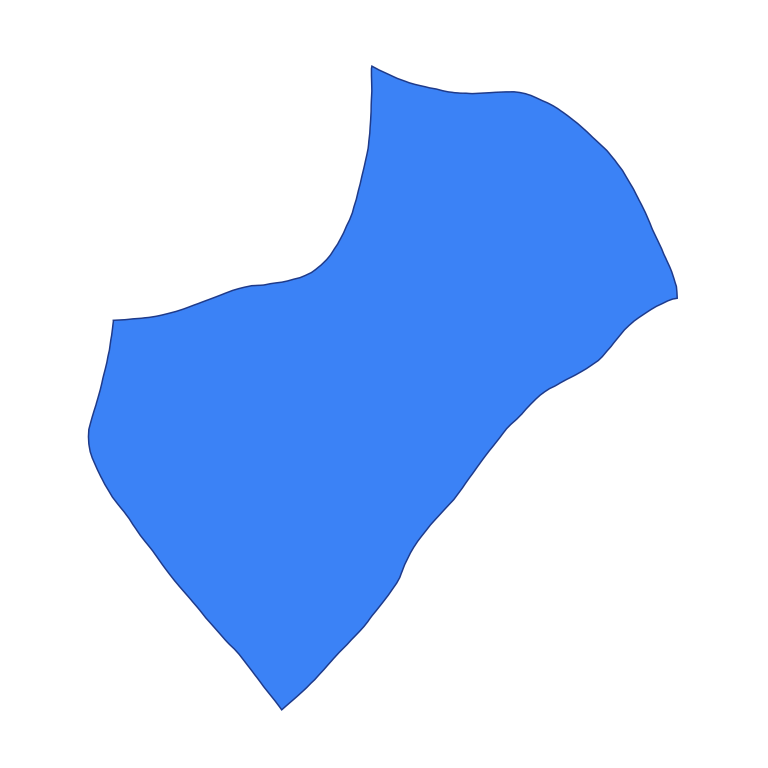 outline of Hajar As Say'ar, Hadramawt, Yemen, rotated 176°
{"feature_id": "15242507B41377814655385", "entity_name": "Hajar As Say'ar", "entity_type": "district", "adm_level": 2, "iso_a3": "YEM", "parent_name": "Yemen", "parent_adm1": "Hadramawt", "projection": "natural_earth1", "projection_center": [48.005, 16.297], "detail": "fine", "context": "isolated", "style": "filled", "palette": "blue", "viewbox_px": 768, "rotation_deg": 176, "n_neighbors": 0, "source": "geoboundaries", "source_scale": "gbopen_adm2", "svg_char_len": 5059}
<svg xmlns="http://www.w3.org/2000/svg" viewBox="0 0 768 768"><g transform="rotate(176 384 384)"><path d="M508.8,66.1L507.7,66.9L507.2,67.3L504.2,69.6L502.2,71.1L500.9,72.1L497.4,74.7L495.0,76.5L492.9,78.1L489.6,80.7L486.9,82.8L482.2,86.6L478.0,90.4L473.7,93.9L473.5,94.1L473.4,94.2L468.3,99.2L464.0,103.2L459.3,107.9L454.7,112.4L454.3,112.8L453.5,113.6L449.4,117.5L447.4,119.4L444.4,122.0L439.0,126.7L434.3,131.2L430.0,135.0L425.8,138.8L420.9,143.5L417.8,146.9L416.8,148.0L414.4,151.0L411.8,154.0L407.5,158.5L406.7,159.4L403.6,162.8L399.7,167.1L394.4,173.1L389.6,179.1L385.3,184.4L383.1,187.8L381.8,189.8L379.5,194.9L379.2,195.4L377.8,198.5L376.2,201.9L376.2,202.0L373.3,207.0L369.4,213.7L365.7,219.1L364.6,220.5L361.4,224.7L359.3,227.1L356.9,229.8L351.6,235.6L347.6,240.1L342.1,245.4L336.9,250.3L332.6,254.4L327.6,259.1L322.3,264.0L317.5,269.6L312.8,275.1L311.2,277.2L309.3,279.6L305.2,284.6L301.5,288.9L296.6,294.9L291.6,300.9L287.9,305.2L283.4,310.3L278.6,315.4L278.0,316.1L273.7,320.8L271.3,323.5L269.6,325.5L264.8,330.9L260.5,334.7L259.1,335.8L253.9,339.8L250.3,343.0L248.3,344.7L248.1,345.0L243.9,349.2L239.0,353.7L233.8,358.2L229.0,362.0L224.3,365.0L221.8,366.4L219.1,367.9L213.7,370.0L209.8,371.9L208.5,372.6L203.1,375.1L200.6,376.2L197.2,377.6L194.1,378.9L191.4,380.1L190.4,380.6L186.2,382.6L182.8,384.3L181.0,385.2L174.5,389.0L168.7,392.4L168.2,392.8L164.2,396.2L159.0,401.6L154.9,405.6L152.0,408.9L150.6,410.4L148.8,412.3L145.8,415.5L140.5,421.1L140.4,421.2L135.5,425.3L130.1,429.4L125.3,432.4L118.3,436.4L114.4,438.6L112.2,439.8L106.8,442.5L104.2,443.5L100.8,444.8L95.2,447.1L94.9,447.2L90.1,448.6L86.2,449.0L85.5,449.1L85.4,454.6L85.4,455.5L85.5,460.7L85.6,461.3L86.5,464.8L87.3,468.5L87.9,470.9L89.1,475.7L90.4,479.7L91.0,481.4L93.6,488.2L94.0,489.4L95.8,493.9L97.6,499.5L100.2,506.1L100.3,506.4L102.6,512.2L105.2,518.8L106.0,521.1L107.3,525.3L109.8,532.5L111.3,536.7L111.9,538.2L113.7,542.6L114.1,543.6L115.3,546.4L116.9,550.0L117.4,551.3L119.3,555.7L121.3,560.5L122.1,562.2L125.1,568.1L128.4,574.7L131.2,580.4L134.8,585.9L135.3,586.6L138.1,591.1L141.9,596.4L143.7,599.0L145.3,601.2L147.8,604.0L149.6,605.9L154.1,610.7L158.9,615.8L163.8,621.3L167.7,625.3L172.6,630.3L177.3,634.5L180.7,637.6L181.7,638.5L186.2,642.3L188.4,644.0L191.0,646.2L195.7,649.6L198.9,651.6L201.4,653.1L206.3,655.6L210.6,658.0L212.2,658.9L217.3,661.6L220.9,663.0L222.5,663.7L223.2,663.9L228.2,665.3L233.9,666.4L237.2,666.6L239.6,666.7L242.3,666.9L245.5,667.0L249.2,667.1L252.6,667.2L254.5,667.2L258.0,667.2L263.9,667.3L270.0,667.4L275.7,667.5L278.9,667.9L281.5,668.3L287.6,668.8L289.9,669.2L293.5,669.7L295.6,670.2L299.4,670.9L303.4,672.0L305.1,672.5L311.2,674.6L316.9,676.0L317.8,676.2L322.0,677.6L323.7,678.1L327.4,679.2L331.6,680.5L332.5,680.8L338.0,682.8L341.0,684.2L343.5,685.3L349.2,687.8L353.6,690.2L356.1,691.6L362.1,694.9L367.4,697.8L368.6,698.6L373.9,701.9L374.5,699.5L375.0,692.3L375.3,684.9L375.7,676.9L376.8,668.0L377.3,663.5L377.9,656.5L379.0,647.6L379.8,642.0L379.9,641.4L380.7,635.1L382.2,627.1L382.7,623.9L383.4,620.1L385.0,614.3L387.0,607.6L388.2,603.5L389.2,600.2L391.6,592.7L393.8,585.3L396.0,578.9L398.8,570.0L401.6,562.9L403.6,557.0L406.9,550.1L410.3,544.3L413.6,537.9L414.0,537.2L416.9,532.5L419.5,528.4L420.4,526.9L424.2,522.1L424.9,521.1L428.4,516.4L432.5,512.1L438.5,507.0L441.4,505.0L443.9,503.2L448.7,500.2L452.3,498.8L455.1,497.7L457.8,496.8L460.5,495.9L466.4,494.9L467.4,494.7L473.1,493.5L476.0,493.1L478.7,492.7L484.6,492.4L490.2,492.0L496.3,491.2L497.6,491.1L500.5,491.1L503.7,491.2L505.4,491.2L509.1,491.3L511.2,491.0L516.4,490.3L522.1,489.3L528.5,487.9L534.1,486.2L535.8,485.7L541.1,484.0L546.3,482.4L554.0,480.1L555.1,479.8L561.5,477.9L563.3,477.3L568.0,476.0L573.2,474.4L579.0,472.7L586.3,470.9L593.7,469.5L600.6,468.3L603.9,467.8L607.0,467.4L613.8,466.8L618.1,466.7L621.5,466.5L629.9,466.5L634.4,466.3L637.8,466.2L644.1,466.3L649.6,466.4L649.6,465.6L649.6,465.3L650.2,462.4L650.9,458.6L652.3,451.5L653.4,447.2L654.1,443.9L655.6,436.8L656.5,433.9L657.4,430.9L659.0,424.7L661.0,418.4L663.2,411.9L664.0,409.4L665.5,404.2L667.5,397.9L670.3,390.1L672.3,384.7L672.6,383.7L675.2,377.2L677.4,371.4L679.4,365.8L681.6,359.3L682.5,352.1L682.6,346.0L682.6,344.8L682.4,342.4L681.8,336.9L680.2,330.6L678.6,326.1L678.1,324.7L675.9,318.6L672.8,310.9L672.2,309.7L669.5,303.3L667.7,299.8L666.1,296.7L663.8,292.1L662.8,290.1L658.3,283.3L654.9,278.4L652.3,274.8L651.4,273.4L650.1,271.3L647.6,267.5L644.3,261.3L641.6,256.8L641.3,256.3L640.7,255.2L637.6,249.9L636.3,248.0L633.4,243.7L629.5,238.2L626.1,233.2L624.7,230.8L622.0,226.4L617.9,219.6L615.3,215.5L614.4,214.1L611.2,209.2L607.5,203.7L606.5,202.2L605.8,201.3L602.2,196.3L598.2,191.0L593.2,184.4L589.8,179.7L587.7,176.9L586.2,174.9L583.4,171.0L581.7,168.5L578.0,163.0L575.1,159.3L574.4,158.4L569.2,151.6L565.6,146.9L560.5,140.1L558.4,137.5L556.4,135.1L551.7,130.0L547.4,124.5L543.4,118.5L543.2,118.2L539.5,112.6L535.7,106.9L532.7,102.2L531.5,100.5L528.4,95.7L525.6,91.2L524.5,89.5L523.8,88.5L519.5,82.3L514.8,75.5L510.5,68.9L508.8,66.1Z" fill="#3b82f6" stroke="#1e3a8a" stroke-width="1.5"/></g></svg>